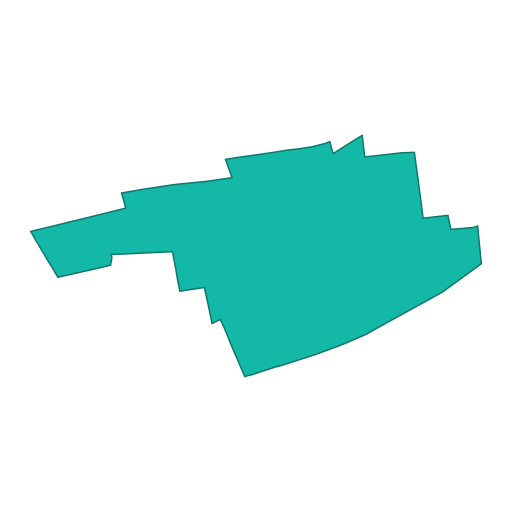 Calmatuiu De Sus, Teleorman, Romania
{"feature_id": "2599482B3136924676864", "entity_name": "Calmatuiu De Sus", "entity_type": "district", "adm_level": 2, "iso_a3": "ROU", "parent_name": "Romania", "parent_adm1": "Teleorman", "projection": "natural_earth1", "projection_center": [24.795, 44.054], "detail": "fine", "context": "isolated", "style": "filled", "palette": "teal", "viewbox_px": 512, "rotation_deg": 0, "n_neighbors": 0, "source": "geoboundaries", "source_scale": "gbopen_adm2", "svg_char_len": 2244}
<svg xmlns="http://www.w3.org/2000/svg" viewBox="0 0 512 512"><path d="M138.1,190.1L137.1,190.3L134.2,190.8L127.3,192.0L123.6,192.6L121.6,193.0L122.6,196.6L125.7,208.1L119.4,209.7L86.4,217.9L66.9,222.6L64.5,223.2L43.3,228.4L37.3,229.8L33.1,230.8L30.7,231.5L30.8,231.7L31.1,232.0L31.2,232.3L31.5,232.8L31.9,233.5L32.8,234.9L33.3,235.8L34.2,237.4L34.8,238.4L35.2,239.4L35.5,240.0L35.8,240.4L36.2,241.0L36.4,241.4L37.0,242.3L37.6,243.3L38.2,244.1L38.5,244.7L38.9,245.4L39.2,246.0L39.7,246.8L40.3,247.8L40.7,248.5L41.3,249.6L41.9,250.6L42.9,252.3L44.1,254.3L45.9,257.3L46.9,259.1L48.2,261.2L48.8,262.2L49.9,264.0L51.7,266.7L57.9,277.3L61.7,276.3L69.5,274.7L77.1,272.9L77.4,272.9L82.4,271.7L95.4,268.8L99.0,267.9L104.0,266.8L106.3,266.2L110.6,265.2L110.9,263.2L111.2,261.8L111.9,257.7L111.8,257.2L111.2,254.5L126.1,253.9L148.4,252.8L172.5,251.7L172.6,252.3L174.1,260.2L175.6,267.8L177.5,279.5L179.8,291.2L196.2,288.7L204.4,287.5L206.5,297.1L209.6,311.6L212.0,323.5L220.2,319.5L223.5,326.2L227.4,335.5L229.0,339.5L229.6,341.2L231.4,345.5L232.8,348.8L234.7,353.3L235.1,354.2L236.3,356.9L237.9,360.5L239.4,364.0L240.4,366.4L241.7,369.5L244.9,376.6L248.0,375.6L251.4,374.9L260.0,372.0L261.7,371.4L268.4,369.3L277.9,366.2L278.0,366.5L287.1,363.6L302.4,358.7L314.0,355.0L320.6,352.6L329.5,349.3L340.9,345.1L345.1,343.4L362.5,335.9L365.3,334.7L381.8,325.5L398.3,316.4L442.4,292.1L442.8,291.8L477.3,266.7L480.9,264.1L481.3,263.8L481.3,263.4L480.0,250.3L477.6,226.0L473.7,227.4L464.1,228.3L454.1,229.1L452.2,229.3L450.9,229.4L447.9,215.4L430.7,217.3L423.1,218.2L418.7,184.4L414.4,152.4L401.6,152.8L389.3,154.2L366.0,156.8L364.7,156.9L362.2,135.4L360.7,136.3L356.3,139.0L349.7,143.1L343.7,146.9L338.6,150.1L333.2,153.7L332.0,150.0L329.9,141.7L329.1,141.9L324.6,143.6L315.9,145.8L311.4,147.0L307.7,147.4L299.2,148.8L296.7,149.1L294.2,149.3L287.4,150.1L284.3,150.6L282.4,150.9L272.7,152.5L264.7,153.6L261.6,154.1L251.6,155.5L237.0,157.5L225.5,159.4L227.4,164.8L230.0,172.0L232.0,177.6L220.6,179.3L211.1,180.7L206.7,181.3L201.9,181.8L197.2,182.3L189.9,183.0L185.5,183.5L181.6,183.8L176.9,184.3L172.6,184.8L161.4,186.5L159.4,186.8L158.7,186.9L155.6,187.4L149.2,188.3L144.6,189.0L141.1,189.6L138.1,190.1Z" fill="#14b8a6" stroke="#0f766e" stroke-width="1.5"/></svg>